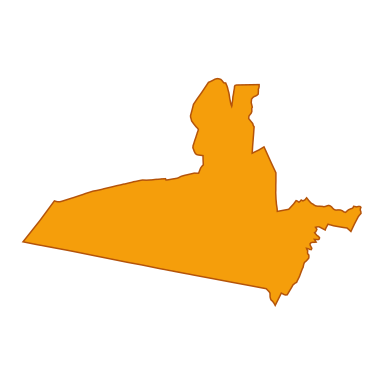 Kikuyu, Central, Kenya (orthographic projection)
{"feature_id": "3690345B86705577908989", "entity_name": "Kikuyu", "entity_type": "district", "adm_level": 2, "iso_a3": "KEN", "parent_name": "Kenya", "parent_adm1": "Central", "projection": "orthographic", "projection_center": [36.645, -1.233], "detail": "fine", "context": "isolated", "style": "filled", "palette": "amber", "viewbox_px": 384, "rotation_deg": 0, "n_neighbors": 0, "source": "geoboundaries", "source_scale": "gbopen_adm2", "svg_char_len": 4052}
<svg xmlns="http://www.w3.org/2000/svg" viewBox="0 0 384 384"><path d="M350.9,231.5L354.4,224.1L358.2,216.8L359.3,215.3L360.1,214.4L361.0,213.4L360.8,211.5L360.3,210.3L360.3,209.0L360.9,207.3L360.0,206.5L358.7,206.4L356.6,206.9L354.8,206.5L353.6,206.3L353.2,207.4L352.4,208.3L351.0,208.7L348.5,209.8L347.4,210.7L345.5,212.4L343.9,211.9L342.4,210.8L340.4,210.0L338.0,209.9L336.0,210.1L334.9,209.8L333.7,209.2L332.5,208.0L331.6,206.9L330.2,205.9L328.8,205.4L327.4,205.7L324.9,206.6L323.5,206.7L322.4,206.4L320.8,206.3L319.2,206.2L317.5,206.2L315.5,205.8L313.8,204.8L312.8,204.0L311.8,203.6L310.7,202.7L309.9,201.8L308.7,200.5L307.5,198.9L306.6,197.8L304.9,199.9L302.9,200.9L301.2,200.0L300.1,201.3L298.9,202.2L297.4,201.1L296.1,200.6L293.6,204.0L288.7,209.3L277.3,211.4L277.1,208.5L276.4,203.9L276.3,202.2L276.0,199.4L275.7,192.6L275.8,189.9L275.8,184.9L275.9,180.7L275.9,179.0L275.9,174.7L275.9,172.8L275.4,171.7L273.0,166.6L272.2,164.9L270.8,161.9L268.2,156.1L265.4,149.9L264.0,146.9L259.0,149.9L252.2,153.2L252.6,146.4L253.0,141.4L253.5,135.1L253.7,132.3L253.9,129.3L254.1,126.8L253.3,125.6L252.7,123.5L250.4,120.7L249.7,119.8L248.7,118.6L248.9,116.2L250.0,114.6L251.1,113.3L251.8,111.6L251.8,109.9L251.7,108.5L252.3,107.2L251.2,102.6L251.6,99.0L253.0,97.4L254.3,96.5L255.4,96.1L256.8,95.4L258.2,94.1L258.4,90.8L258.3,89.2L258.8,88.1L259.1,86.7L259.1,84.6L236.5,85.0L235.0,85.5L234.5,86.6L234.4,88.3L234.1,90.0L233.8,91.5L233.6,93.2L233.3,94.9L232.9,96.9L232.7,99.6L232.3,102.4L232.0,103.8L232.0,105.2L231.7,106.3L230.8,103.9L230.3,101.2L229.8,99.0L229.2,94.7L228.8,92.6L228.4,91.2L227.9,89.4L227.6,87.9L227.0,86.1L225.7,83.0L224.0,82.9L223.1,82.0L222.1,80.7L220.8,79.4L219.2,78.9L217.6,78.6L216.4,78.8L214.9,79.2L213.3,80.1L212.3,80.6L211.1,81.2L209.6,81.9L208.5,82.3L204.7,88.0L201.7,92.5L197.2,98.8L193.5,104.3L192.0,110.2L190.5,115.8L190.6,117.2L191.2,119.2L191.6,120.9L193.6,123.7L196.0,126.7L197.6,128.3L198.3,129.3L198.1,130.7L197.4,132.4L197.0,133.8L196.6,134.9L195.8,137.5L194.8,140.3L194.2,142.3L193.7,143.9L193.1,145.6L192.9,147.8L193.3,148.8L193.8,150.1L194.3,151.5L194.9,152.6L195.5,153.7L196.8,154.6L198.4,155.0L203.0,155.6L203.1,160.0L203.3,164.9L202.5,165.6L201.6,166.7L200.6,168.1L198.6,173.2L197.4,173.2L196.1,173.2L194.3,173.1L192.2,173.6L190.5,174.0L188.3,174.5L187.1,174.8L185.2,175.2L183.3,175.7L181.3,176.3L180.0,176.9L178.8,177.6L177.3,178.2L176.1,178.4L174.5,178.7L173.1,178.9L170.9,179.3L169.2,179.6L167.4,179.9L166.0,180.0L165.5,178.7L164.4,178.8L161.7,178.9L160.2,179.1L158.2,179.3L155.6,179.4L151.8,179.9L149.4,180.0L146.4,180.2L144.3,180.1L142.6,180.0L140.3,180.4L135.8,181.4L133.6,181.7L132.2,182.2L127.9,183.2L124.8,184.0L123.5,184.1L120.6,184.9L117.1,185.6L112.3,186.8L108.0,187.8L103.7,188.8L102.5,189.2L101.3,189.5L96.7,190.5L93.1,191.1L89.4,192.3L85.5,193.5L82.9,194.5L80.1,195.4L72.9,197.8L71.8,198.1L61.7,201.3L59.7,201.8L57.1,201.7L54.4,200.9L39.7,220.8L25.0,239.3L23.0,241.8L35.8,244.4L65.4,249.9L72.7,251.3L98.4,256.5L104.5,257.7L127.8,262.4L141.6,264.9L159.1,268.5L185.4,273.5L189.4,274.2L193.3,275.0L212.6,278.6L232.1,282.3L249.9,285.6L266.2,288.7L267.6,290.1L269.2,291.8L270.0,293.2L270.1,297.0L270.6,299.0L271.4,300.4L272.4,301.0L274.0,303.2L275.2,305.4L281.3,293.1L284.2,294.6L285.6,295.0L287.2,294.8L291.5,287.6L293.0,284.9L295.3,283.0L296.6,282.4L297.3,280.7L298.0,279.4L298.9,277.6L299.5,276.3L300.3,274.1L300.9,272.5L302.3,268.8L303.1,267.3L303.4,265.7L303.9,263.7L304.5,262.4L306.2,261.0L307.7,259.4L308.8,258.0L308.9,256.3L308.8,255.0L307.7,253.8L307.5,252.4L307.7,250.7L306.9,249.5L306.5,248.3L308.2,248.7L309.7,249.4L311.3,249.6L311.8,248.2L310.2,245.3L310.0,243.9L311.0,242.7L312.6,242.3L314.3,242.3L316.1,242.1L315.1,240.5L314.4,239.4L316.7,239.5L318.3,239.6L319.3,238.9L319.5,237.6L318.2,236.2L317.0,235.5L314.6,232.7L315.8,231.7L316.9,229.4L316.3,228.4L315.5,227.3L317.5,226.8L319.0,226.8L320.6,227.6L325.2,230.0L325.6,228.8L326.2,227.5L328.0,224.2L329.2,224.6L330.9,225.0L333.6,225.8L343.3,227.5L347.0,228.0L349.4,230.1L350.9,231.5Z" fill="#f59e0b" stroke="#b45309" stroke-width="1.5"/></svg>